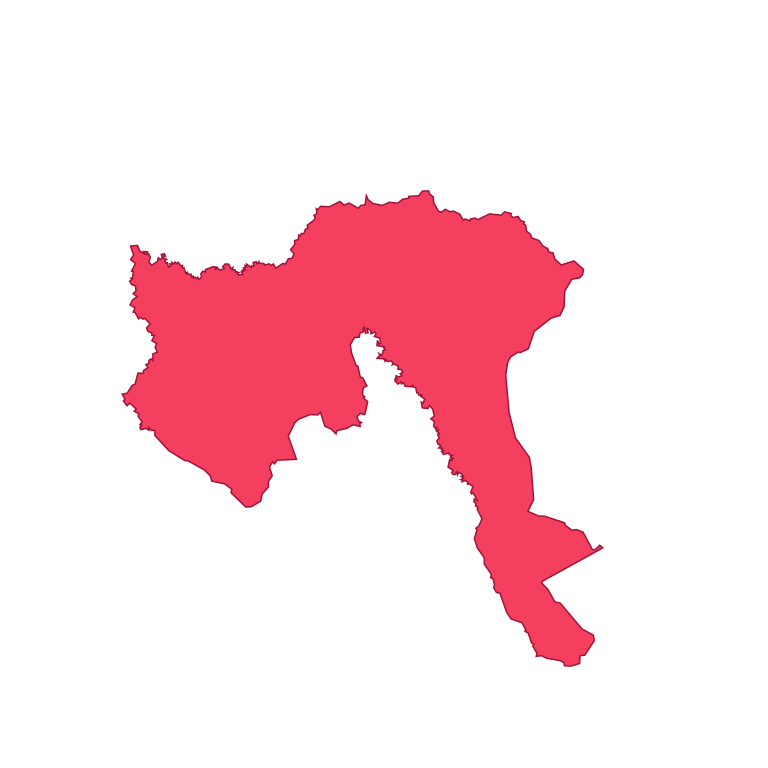 Asutifi South, Brong Ahafo, Ghana, rotated 110°
{"feature_id": "2480657B57037677938762", "entity_name": "Asutifi South", "entity_type": "district", "adm_level": 2, "iso_a3": "GHA", "parent_name": "Ghana", "parent_adm1": "Brong Ahafo", "projection": "robinson", "projection_center": [-2.395, 6.849], "detail": "fine", "context": "isolated", "style": "filled", "palette": "rose", "viewbox_px": 768, "rotation_deg": 110, "n_neighbors": 0, "source": "geoboundaries", "source_scale": "gbopen_adm2", "svg_char_len": 6134}
<svg xmlns="http://www.w3.org/2000/svg" viewBox="0 0 768 768"><g transform="rotate(110 384 384)"><path d="M238.8,504.4L242.7,505.8L242.4,507.6L246.9,505.3L249.5,507.6L250.8,505.7L253.9,505.8L261.1,510.5L263.5,508.8L265.5,510.8L270.3,510.8L270.8,513.1L273.4,513.5L273.1,515.0L277.7,514.1L279.8,517.1L283.3,515.6L289.8,517.7L292.2,513.2L297.3,513.3L299.0,516.7L305.0,517.7L305.2,520.1L312.2,525.5L309.0,529.0L311.1,530.4L310.4,533.0L313.2,537.1L311.9,538.0L313.2,543.1L311.9,543.5L314.4,544.7L312.8,546.0L314.6,548.6L317.6,546.6L318.2,548.7L319.9,548.6L318.3,554.2L320.6,553.3L320.2,555.1L322.2,554.2L323.0,555.7L323.8,554.2L325.2,555.7L325.0,554.0L327.5,556.5L329.4,554.1L331.2,558.1L330.3,559.5L328.9,558.4L328.9,561.6L330.3,561.4L327.6,563.1L328.5,565.6L326.2,565.8L328.1,567.2L324.5,570.9L325.5,574.3L328.9,575.7L330.0,573.6L333.1,577.0L332.1,579.9L334.3,582.0L331.4,580.9L332.1,584.6L337.5,590.9L339.9,590.1L339.9,592.8L343.1,593.8L346.0,592.0L349.1,593.6L347.4,595.5L349.1,595.9L348.2,598.1L349.7,599.0L347.9,600.1L349.3,601.3L346.9,602.8L348.0,606.2L346.3,606.9L347.8,608.0L343.1,611.9L343.6,613.5L341.5,613.9L342.4,615.5L340.0,619.1L341.9,619.7L340.9,622.1L343.0,622.5L342.3,625.1L344.2,624.2L344.4,626.3L346.5,624.7L347.8,626.6L344.1,629.0L344.9,630.4L343.2,632.1L341.2,630.8L341.3,634.1L338.5,634.6L338.8,633.1L336.7,634.8L338.4,637.6L341.8,635.3L343.3,637.1L342.6,639.3L346.3,638.8L351.8,642.9L350.0,646.6L344.7,647.0L342.2,649.5L343.3,651.2L340.7,651.3L341.7,655.3L343.6,653.5L342.7,658.7L338.1,663.2L341.2,669.4L348.3,663.4L353.8,664.7L355.8,658.7L364.3,659.9L364.1,658.0L370.5,656.6L371.1,657.8L371.4,656.4L374.4,658.2L376.8,655.3L376.9,651.0L381.4,648.9L384.9,650.7L386.3,645.9L390.9,649.0L396.5,649.7L397.6,643.9L402.2,644.3L401.9,642.4L406.7,636.9L404.8,635.9L405.4,632.4L404.1,631.3L407.6,624.3L412.6,626.3L415.3,623.7L415.5,619.6L417.7,618.8L417.1,616.3L422.8,616.9L423.7,611.5L427.9,611.6L431.6,607.8L434.7,611.5L441.1,609.2L440.0,611.4L442.1,613.0L444.9,612.1L447.3,614.4L449.3,611.4L453.5,614.6L456.3,613.9L457.9,618.9L469.3,617.9L471.4,620.2L480.4,622.2L483.1,626.5L486.8,622.3L489.0,623.1L492.4,618.1L488.9,616.2L492.4,608.2L495.0,609.4L495.7,604.6L498.4,604.0L502.4,598.3L505.5,599.5L505.7,597.6L508.1,598.6L510.1,596.9L507.1,592.5L507.9,589.1L505.4,590.2L507.2,586.5L505.8,583.6L510.8,581.6L520.3,563.2L524.1,544.8L523.2,542.3L526.1,523.8L529.7,515.8L534.2,512.6L532.3,499.5L535.0,491.0L538.5,490.5L546.9,471.8L544.7,466.7L536.3,459.8L529.3,460.9L520.2,457.4L515.1,459.3L508.4,457.7L501.2,463.3L495.3,462.0L496.5,459.6L492.2,458.4L484.7,440.5L465.7,456.1L451.1,454.6L446.1,452.0L438.0,442.9L435.7,435.8L432.3,434.0L443.9,425.1L444.4,418.3L447.3,412.0L443.9,412.3L438.5,403.9L432.9,399.1L432.1,391.9L429.4,393.2L427.9,391.9L427.6,395.1L424.1,398.2L419.7,396.1L419.4,391.7L417.3,391.8L406.2,393.3L404.0,398.4L402.5,397.8L401.8,400.2L397.4,401.8L394.1,401.9L391.7,399.4L385.8,405.8L385.1,409.0L376.1,414.7L376.2,416.5L366.4,424.8L358.8,429.1L350.3,427.6L348.4,423.3L344.6,424.0L342.1,421.4L336.6,422.8L342.5,418.9L341.3,416.5L337.6,419.1L338.1,415.0L341.3,413.2L338.2,410.6L339.4,408.6L342.6,409.4L342.4,403.4L347.0,401.3L348.1,402.4L345.2,405.0L350.4,403.8L348.7,395.7L349.8,397.0L351.6,394.6L352.6,396.3L357.8,395.7L357.2,398.9L358.2,397.7L362.3,399.3L360.3,393.0L362.2,390.9L360.4,391.0L361.7,388.6L360.1,386.0L360.7,383.0L363.1,382.8L361.8,381.8L362.2,376.8L365.4,375.9L364.5,372.6L366.8,370.4L368.8,372.3L370.2,370.1L372.4,372.7L372.1,375.4L374.6,375.0L375.1,372.5L375.6,375.3L377.4,374.7L379.3,370.8L376.2,368.8L377.9,367.7L376.3,366.0L378.9,363.3L377.5,358.2L374.8,356.4L377.0,356.9L376.4,353.1L381.1,350.2L380.4,348.9L382.6,347.4L381.3,345.0L383.0,345.2L384.2,340.6L388.6,340.7L388.2,342.8L393.3,339.9L392.1,334.4L388.7,333.9L391.0,329.6L397.1,325.7L400.6,328.1L402.2,323.6L406.4,323.1L408.0,320.7L406.9,319.6L409.1,319.5L408.8,317.3L410.3,318.5L411.6,315.0L413.1,316.4L415.6,313.7L419.4,314.8L421.8,313.1L422.7,309.5L425.4,310.7L424.3,307.2L425.8,307.7L426.3,305.3L427.7,306.9L429.8,303.9L426.7,299.6L428.2,298.3L427.8,295.3L430.0,296.6L430.4,293.7L431.7,295.5L432.8,293.3L432.9,296.4L440.2,295.4L441.5,289.6L444.1,290.1L445.4,288.0L444.6,286.0L441.8,285.7L444.2,283.8L441.5,283.6L441.8,280.5L443.3,278.1L444.4,279.9L445.5,277.0L447.5,279.2L447.6,277.3L449.2,277.3L447.2,275.2L447.3,271.7L449.6,271.2L448.6,269.1L450.1,265.4L456.3,265.4L457.2,264.2L455.8,263.4L459.3,258.7L461.4,256.9L461.0,259.8L463.9,259.4L464.7,256.8L467.3,256.2L467.4,253.7L469.7,253.6L477.1,245.9L485.0,246.3L488.1,248.3L489.2,246.7L498.4,246.2L506.1,240.2L513.1,230.3L518.9,228.2L526.2,218.0L529.5,217.6L529.8,214.9L534.6,211.6L538.1,211.1L541.4,207.1L540.9,203.5L556.5,190.7L561.3,184.2L561.2,172.5L566.8,166.5L568.1,167.1L568.8,163.2L576.8,156.9L577.2,154.3L579.4,154.7L584.6,148.2L587.8,147.8L585.4,142.9L586.1,137.4L583.7,123.8L584.2,119.9L587.0,118.0L585.1,111.7L579.7,104.6L572.2,106.9L570.2,102.6L553.2,98.6L548.4,101.4L546.5,114.0L529.6,143.6L530.3,148.9L521.1,159.6L517.1,167.7L515.0,167.6L463.2,122.4L461.7,126.1L467.6,129.1L468.3,131.6L455.1,146.3L455.0,153.4L457.1,157.5L454.9,165.0L452.7,166.8L453.3,187.9L455.2,193.7L454.4,205.3L441.6,203.8L413.2,216.6L403.3,222.2L389.6,242.1L367.7,256.9L333.9,272.7L321.6,275.1L315.3,274.4L308.1,268.9L307.9,266.7L301.6,260.4L283.2,260.8L265.1,249.6L259.3,242.0L249.8,241.2L234.9,245.9L221.4,243.4L217.3,236.4L213.2,234.8L208.0,235.7L203.4,247.6L211.5,258.1L208.2,266.2L203.0,270.0L203.6,274.2L200.8,276.5L200.0,282.0L196.1,287.5L196.2,295.3L193.3,297.4L191.6,302.3L186.4,305.2L185.8,307.7L183.6,307.5L183.8,311.2L180.7,315.3L183.3,319.4L182.5,322.5L180.2,322.7L181.0,329.6L185.3,331.7L188.0,342.9L197.5,352.1L196.9,355.1L199.3,359.2L201.2,359.0L201.2,364.1L202.8,365.7L198.4,371.0L197.8,377.8L199.6,381.2L198.8,386.1L202.9,388.8L203.1,391.8L196.5,399.5L191.4,401.6L189.7,406.4L187.3,407.9L189.6,414.0L195.2,415.6L199.2,424.8L200.9,424.3L204.0,429.7L209.4,433.0L211.3,440.9L216.7,446.6L218.2,456.3L216.2,461.9L213.0,465.0L222.1,463.1L224.2,467.0L227.7,468.3L225.9,478.6L229.6,482.8L227.5,487.9L236.0,495.7L238.8,504.4Z" fill="#f43f5e" stroke="#9f1239" stroke-width="1.5"/></g></svg>